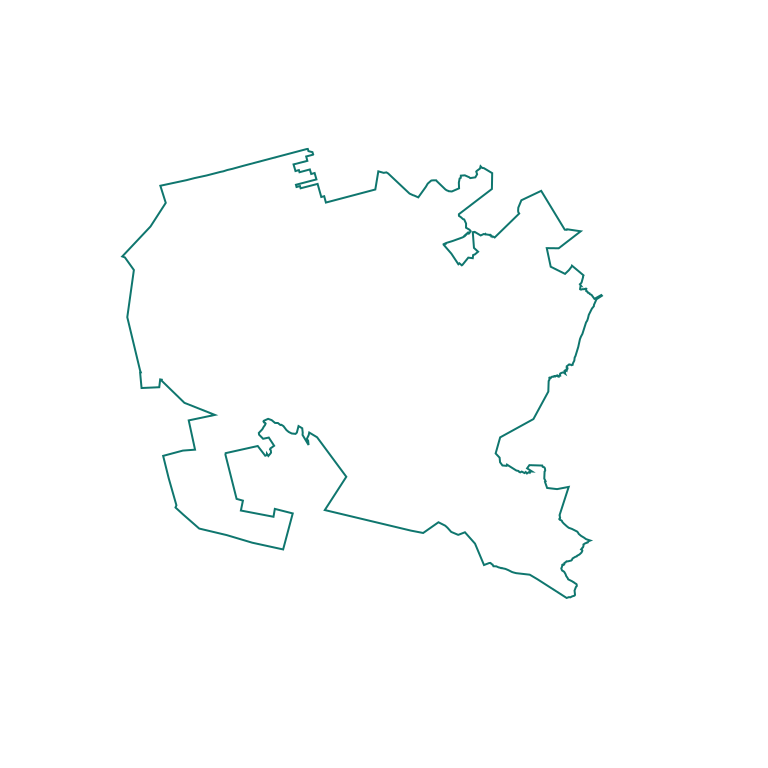 Poanas, Durango, Mexico (Robinson projection), rotated 158°
{"feature_id": "50627088B41464185473090", "entity_name": "Poanas", "entity_type": "district", "adm_level": 2, "iso_a3": "MEX", "parent_name": "Mexico", "parent_adm1": "Durango", "projection": "robinson", "projection_center": [-104.124, 24.035], "detail": "fine", "context": "isolated", "style": "outline", "palette": "teal", "viewbox_px": 768, "rotation_deg": 158, "n_neighbors": 0, "source": "geoboundaries", "source_scale": "gbopen_adm2", "svg_char_len": 6130}
<svg xmlns="http://www.w3.org/2000/svg" viewBox="0 0 768 768"><g transform="rotate(158 384 384)"><path d="M578.9,600.3L576.8,598.4L573.2,583.4L597.0,542.1L605.1,487.9L605.1,485.9L605.8,486.1L610.3,471.1L593.6,465.2L589.8,472.1L588.4,471.2L588.9,470.3L576.1,441.3L552.4,418.7L578.7,423.4L583.8,393.9L595.4,397.6L615.7,400.1L618.9,377.5L621.9,349.3L623.6,347.6L619.1,338.2L609.5,319.2L586.4,302.8L565.6,286.2L539.5,268.4L517.1,298.2L532.0,309.1L536.2,302.3L564.1,320.3L558.5,328.7L563.7,332.7L557.5,377.9L556.7,379.2L524.3,373.8L521.0,362.0L519.3,362.0L518.7,363.2L518.2,360.6L515.1,362.2L514.4,362.8L513.8,365.0L514.2,366.0L513.5,366.8L509.0,367.9L510.9,377.5L516.6,378.5L518.8,383.8L518.4,385.5L513.8,387.6L511.4,389.5L510.0,390.3L508.6,391.6L508.7,392.3L509.6,393.3L509.5,393.6L509.8,394.3L509.3,394.9L504.5,395.1L501.7,392.6L499.6,388.7L497.0,387.6L495.4,384.8L494.4,384.6L493.0,382.6L491.7,377.8L490.3,375.2L488.1,372.7L484.7,370.9L483.0,371.6L479.0,377.0L476.4,373.6L477.6,369.3L478.6,367.3L476.8,355.7L475.6,359.9L476.1,362.0L473.0,364.8L471.5,367.0L466.0,359.7L453.7,312.1L486.1,289.3L414.0,238.0L403.5,231.2L385.3,235.4L380.3,229.7L379.0,227.0L377.1,221.7L372.0,216.6L371.5,216.3L364.5,216.2L359.4,201.9L359.1,178.7L353.5,178.6L352.3,178.2L351.6,176.5L351.0,176.0L350.8,174.0L348.2,172.9L346.5,171.1L345.6,170.5L344.3,169.3L343.7,169.3L343.1,168.7L340.7,167.1L338.4,164.8L335.8,161.8L334.6,160.8L332.3,159.1L320.3,152.6L314.8,145.4L294.8,117.2L292.3,117.1L291.2,116.4L289.3,116.6L286.7,116.4L285.9,116.9L284.7,121.1L282.1,123.9L281.0,124.4L280.6,125.3L280.5,126.2L280.6,126.5L282.1,128.5L282.4,129.3L283.0,129.8L283.4,130.5L286.4,133.9L286.4,135.0L287.0,137.8L286.9,139.5L287.2,141.9L287.4,142.6L287.9,143.2L288.0,143.5L288.6,144.1L288.8,144.8L288.7,146.6L287.3,148.0L286.9,148.7L286.5,149.2L286.5,149.5L286.1,149.7L285.6,149.4L285.6,149.2L285.3,149.0L284.7,149.5L284.4,149.4L283.9,150.4L283.5,150.6L282.6,150.5L281.5,151.1L281.1,151.2L280.1,150.7L276.5,150.2L275.7,150.5L274.5,151.6L271.4,152.1L269.8,152.0L269.4,152.4L266.7,152.7L264.1,153.7L262.8,154.8L262.5,155.2L262.5,155.9L263.2,156.8L262.0,157.5L261.5,157.6L261.3,157.9L260.6,158.1L259.6,159.3L259.2,160.5L257.2,160.9L255.2,160.8L255.0,161.0L254.4,160.8L253.2,161.6L251.4,161.6L254.8,164.5L256.1,166.6L258.2,169.4L259.6,172.1L259.8,173.7L260.2,174.8L260.7,175.4L264.1,179.3L266.6,181.5L267.8,183.6L269.7,187.5L270.4,189.6L270.3,190.3L270.6,191.1L271.5,191.8L272.1,192.9L272.0,193.2L271.4,193.7L271.0,193.7L270.8,194.0L270.6,195.4L270.2,196.5L270.3,196.7L251.3,219.4L262.9,221.7L271.7,226.5L271.4,233.0L270.6,233.2L270.8,236.3L267.9,242.7L267.2,243.1L266.9,243.5L266.4,245.5L266.6,246.7L267.9,247.8L267.8,249.1L279.6,254.3L282.9,252.2L279.5,247.4L280.8,248.0L282.0,247.1L282.5,248.0L285.0,247.5L285.6,249.3L287.1,248.8L289.1,251.2L290.7,251.0L291.5,251.7L291.9,253.0L293.7,254.2L300.2,263.2L301.0,262.2L304.7,264.1L305.7,268.0L304.4,272.4L306.5,277.8L296.3,291.0L258.6,295.5L234.5,315.4L230.2,325.1L229.5,325.5L228.5,327.2L228.3,327.9L228.1,327.9L227.7,326.9L227.2,327.0L226.4,327.7L225.9,327.6L225.6,327.8L224.6,327.6L224.1,327.2L223.4,327.2L223.1,327.6L222.8,327.5L222.8,327.1L222.5,326.8L221.3,327.1L220.2,326.8L220.0,327.0L219.8,326.8L220.4,326.4L220.1,326.1L220.0,326.3L219.7,326.2L219.5,325.7L219.2,325.4L219.0,325.7L218.1,325.9L217.5,325.7L217.1,327.3L216.3,327.8L215.8,327.7L214.4,327.8L213.5,327.6L212.7,326.9L212.6,326.4L212.2,325.8L212.2,326.2L211.9,326.6L211.6,327.5L211.7,328.5L210.9,328.8L209.9,327.9L209.5,329.1L209.1,329.1L208.9,328.9L208.4,329.6L208.2,329.5L207.9,329.9L208.0,330.4L208.5,330.6L208.5,330.9L207.9,332.0L207.3,332.1L205.4,332.7L205.0,332.5L204.8,332.7L203.5,331.8L203.1,331.2L201.9,331.1L201.3,332.2L198.8,334.4L197.3,337.1L196.0,338.2L190.0,345.6L185.5,352.2L183.6,354.2L181.3,356.1L173.6,365.4L171.8,366.7L170.2,368.6L168.2,371.4L162.9,376.1L160.3,377.5L159.7,378.7L155.2,383.0L148.9,384.2L149.2,385.1L157.0,384.1L158.2,388.9L159.5,390.3L159.6,390.7L159.5,391.1L160.1,391.7L160.5,392.3L160.8,392.4L160.8,393.3L161.1,393.5L161.3,394.6L161.6,394.7L161.3,395.3L161.4,396.0L160.8,396.6L161.0,396.8L162.7,397.0L163.0,396.9L164.2,397.5L166.0,397.7L166.6,398.3L166.7,398.5L165.1,401.1L164.8,402.0L164.7,401.9L165.0,403.1L163.2,403.8L162.8,404.1L159.4,408.5L159.2,409.1L158.3,410.0L165.4,423.3L166.0,422.6L169.9,420.3L174.9,418.3L185.5,430.3L182.2,449.0L171.2,444.4L144.4,451.9L156.3,458.9L156.8,458.5L158.6,459.4L165.9,504.2L187.8,502.9L193.4,497.2L194.8,494.3L195.1,493.0L194.8,491.4L226.5,478.4L227.4,479.6L228.3,480.3L228.6,480.1L228.9,481.2L229.3,481.1L229.3,482.0L229.7,482.6L230.3,482.4L230.8,483.0L233.6,484.6L233.7,485.1L234.2,484.9L234.3,485.1L235.4,485.7L238.7,485.5L242.8,490.9L243.3,490.9L243.4,491.2L244.8,491.5L249.6,476.5L247.2,471.4L251.3,470.1L253.0,470.2L254.6,467.4L258.5,469.6L266.6,465.1L267.4,464.9L268.9,467.7L270.2,467.2L272.7,479.6L276.4,490.4L276.0,490.4L276.1,491.3L274.3,491.4L274.4,490.9L274.0,490.9L273.8,491.4L272.8,491.4L267.0,490.9L256.2,490.5L253.9,490.8L252.7,491.3L253.1,491.6L249.5,492.9L249.5,491.8L248.5,491.7L248.1,492.3L246.7,492.9L246.4,493.5L247.0,495.1L249.4,498.2L247.8,502.0L248.0,506.5L248.9,507.2L250.3,510.0L251.5,511.8L251.2,512.8L250.9,513.4L210.9,524.4L204.7,539.0L210.6,546.8L212.0,547.5L212.9,549.7L214.3,547.8L218.2,546.8L218.9,546.4L219.1,543.6L221.9,541.4L226.9,542.6L227.5,543.7L230.9,547.2L234.7,548.4L235.6,546.4L236.9,546.2L239.2,542.6L241.1,537.3L249.0,537.1L251.9,538.6L252.0,538.9L253.3,540.1L254.2,541.4L259.1,552.4L259.3,553.3L263.2,554.8L264.1,554.9L268.4,553.4L271.4,551.1L282.3,544.2L285.5,547.5L286.3,548.1L289.0,551.0L301.3,577.7L302.5,579.3L305.2,579.9L309.6,583.3L319.2,567.6L369.9,574.0L369.1,580.5L372.1,580.9L370.6,594.4L388.0,596.7L387.8,599.0L391.3,599.4L391.0,601.7L370.0,599.0L369.3,605.6L372.8,606.0L372.4,610.7L383.0,612.0L382.8,614.2L386.3,614.6L385.6,621.5L371.5,619.6L370.9,624.1L363.9,623.2L363.7,623.3L363.5,625.8L366.8,628.2L366.6,630.5L367.7,630.8L432.7,639.0L444.0,640.3L449.1,641.1L453.4,641.4L456.0,641.9L470.4,643.8L482.6,645.9L490.8,647.0L517.1,651.6L518.5,633.7L541.5,617.5L578.9,600.3Z" fill="none" stroke="#0f766e" stroke-width="2"/></g></svg>